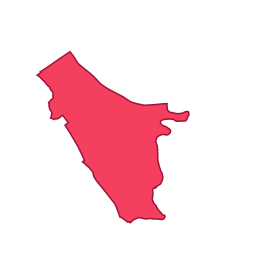 Semlac, Arad, Romania (orthographic projection), rotated 327°
{"feature_id": "2599482B97357966880497", "entity_name": "Semlac", "entity_type": "district", "adm_level": 2, "iso_a3": "ROU", "parent_name": "Romania", "parent_adm1": "Arad", "projection": "orthographic", "projection_center": [20.923, 46.147], "detail": "fine", "context": "isolated", "style": "filled", "palette": "rose", "viewbox_px": 256, "rotation_deg": 327, "n_neighbors": 0, "source": "geoboundaries", "source_scale": "gbopen_adm2", "svg_char_len": 5092}
<svg xmlns="http://www.w3.org/2000/svg" viewBox="0 0 256 256"><g transform="rotate(327 128 128)"><path d="M111.4,221.0L109.8,220.0L109.7,219.4L109.7,218.8L109.5,217.1L109.5,216.1L109.2,215.6L109.0,214.9L109.0,214.1L108.9,212.4L108.9,211.6L108.9,210.6L109.0,210.0L109.1,209.1L109.3,208.9L109.3,208.6L109.1,208.3L109.0,207.7L108.9,206.7L108.7,206.0L108.7,205.3L108.7,204.6L109.0,203.9L109.1,203.3L109.1,202.5L109.3,201.7L109.4,201.4L109.8,200.5L110.5,199.7L110.9,199.4L111.3,199.2L111.9,198.3L112.4,197.5L113.2,196.7L113.5,196.0L113.9,195.3L114.5,193.9L114.7,193.5L115.0,193.1L115.7,192.8L116.4,192.7L117.2,192.7L118.2,192.4L118.5,192.4L118.3,192.7L118.2,193.0L118.4,193.4L119.0,193.0L120.0,192.8L121.0,192.6L122.4,192.7L124.1,192.7L124.8,192.6L125.8,192.1L126.6,191.7L127.4,191.1L128.7,190.1L129.4,189.5L130.4,188.2L130.9,187.2L131.3,185.9L131.7,184.9L132.0,184.0L132.0,183.1L132.1,182.1L132.3,181.3L132.5,180.1L132.8,179.5L132.9,178.7L133.2,177.7L133.8,176.0L133.8,175.8L133.9,175.6L134.0,175.2L134.1,174.9L134.4,174.3L135.0,172.3L135.4,171.2L135.7,170.7L136.1,170.3L136.5,169.5L137.0,168.9L137.4,168.2L137.8,167.5L138.4,166.5L138.6,166.3L138.9,165.8L139.4,165.1L139.4,164.7L139.8,164.0L140.2,163.6L140.9,162.6L141.3,161.8L141.4,161.4L141.6,161.0L141.9,160.4L142.4,159.7L142.7,159.2L142.9,158.7L142.9,158.0L143.3,157.0L143.8,155.2L144.2,154.1L144.7,153.5L146.0,152.4L146.3,152.2L147.0,151.8L147.5,151.6L148.3,151.5L149.9,151.4L151.0,151.6L152.4,151.9L153.2,152.2L153.9,152.4L154.9,153.2L155.5,154.0L156.1,154.5L156.7,154.9L157.2,155.2L157.8,155.4L158.9,155.4L159.6,155.3L160.2,155.1L160.7,155.0L161.2,154.7L161.9,154.0L162.3,153.2L162.4,152.8L162.3,152.2L162.1,151.2L161.7,150.4L161.4,149.6L161.0,148.5L160.6,147.7L160.1,146.9L159.7,146.3L159.0,145.6L158.8,145.5L158.6,145.3L158.4,144.7L158.1,143.9L158.0,143.2L157.9,142.3L157.9,141.8L157.9,141.4L158.1,141.0L158.6,140.6L159.7,140.0L160.4,139.9L161.3,140.0L163.0,140.6L165.1,141.5L166.1,142.2L167.7,143.0L168.6,143.6L169.7,144.7L170.8,145.5L171.1,146.4L171.7,147.8L172.2,148.5L173.2,149.2L174.1,149.9L175.8,150.8L176.5,151.1L177.2,151.7L177.9,152.1L178.7,152.6L179.5,153.1L180.1,153.3L181.0,153.2L181.5,153.0L182.1,152.7L182.4,152.4L183.1,152.1L183.6,151.8L183.9,151.4L184.8,150.9L185.8,150.6L186.5,149.7L186.7,149.2L187.1,148.5L187.1,147.8L187.4,147.7L187.5,147.2L186.9,146.9L186.5,146.4L185.8,145.9L185.0,145.6L183.2,145.4L181.3,145.0L180.0,144.4L178.0,143.3L176.3,142.2L174.9,140.8L173.7,139.4L172.8,138.6L171.5,137.4L171.2,136.0L171.0,134.3L171.5,133.0L172.4,131.6L172.5,131.1L172.7,130.5L173.4,129.4L174.1,129.2L174.7,129.0L174.0,129.0L173.6,128.5L169.1,126.0L165.5,124.2L160.2,121.3L155.2,118.5L153.4,117.2L147.7,111.4L144.5,107.5L143.1,104.3L142.5,103.0L141.2,99.9L140.4,98.2L138.5,95.0L136.6,91.6L134.4,87.6L133.6,86.3L133.3,85.7L132.5,84.0L131.8,82.7L129.7,77.7L129.2,76.5L128.5,73.0L127.7,68.6L126.8,64.5L125.9,61.2L125.2,59.1L123.9,55.4L123.1,52.7L122.1,49.6L121.7,48.1L121.3,46.4L121.3,45.7L121.3,43.5L121.3,42.7L121.3,42.2L121.4,41.0L121.4,38.2L121.4,37.9L121.3,37.5L121.2,35.6L121.0,34.0L121.0,33.7L120.9,33.3L120.8,32.4L112.2,32.6L105.5,32.7L98.5,32.9L94.3,33.1L92.7,33.1L86.6,33.1L86.1,33.1L85.0,33.1L85.1,33.5L85.2,34.0L80.5,34.3L81.7,36.3L82.4,40.3L83.3,44.1L83.7,48.5L84.2,50.1L84.3,51.1L84.4,51.7L84.0,53.2L84.1,53.5L84.2,55.9L84.4,57.5L83.6,58.8L82.7,59.9L82.4,60.2L82.3,60.7L82.1,61.1L82.0,61.5L81.7,62.0L81.4,62.2L81.0,62.3L78.1,62.5L77.8,62.7L77.7,62.9L77.4,63.0L76.9,63.1L75.3,63.3L75.2,63.6L75.2,64.0L75.0,64.4L74.8,64.9L74.7,65.2L74.4,65.6L74.0,66.2L73.7,66.6L73.6,66.8L73.0,68.6L72.6,69.7L72.6,70.7L72.5,72.9L72.4,73.7L72.4,74.0L72.2,74.2L71.9,74.3L71.6,74.6L71.3,74.9L70.9,75.3L70.5,76.1L70.1,76.3L69.5,76.8L68.9,77.2L68.5,77.4L70.9,80.8L71.2,80.8L72.2,80.7L73.9,82.0L77.6,81.9L79.2,81.7L80.1,81.6L80.8,91.0L76.7,91.3L76.7,99.6L76.3,109.1L75.9,116.4L75.5,119.7L75.1,123.0L73.9,131.6L71.8,131.4L71.4,131.7L72.3,134.4L73.2,138.1L73.8,139.6L74.2,143.3L74.5,145.9L72.9,150.0L72.8,152.2L72.8,154.3L72.9,155.7L73.2,158.5L73.7,163.1L74.1,166.9L74.3,169.1L74.6,172.1L74.9,175.6L75.2,178.9L75.3,180.5L75.5,182.0L75.5,182.3L75.6,183.5L75.6,184.4L75.5,185.7L75.3,186.9L74.9,189.2L74.5,191.1L74.2,192.1L73.8,194.1L73.4,195.7L73.1,196.8L72.9,197.5L72.8,198.1L72.8,198.3L72.8,198.5L73.1,198.7L73.4,199.0L73.6,199.2L73.9,199.6L74.0,200.0L74.3,201.0L74.7,201.9L75.0,202.6L75.4,203.6L75.5,203.8L75.7,204.8L75.9,205.6L76.3,206.5L76.8,206.9L77.1,207.1L77.7,207.2L78.3,208.7L79.8,208.4L82.0,208.2L82.6,208.0L84.3,208.2L85.6,208.5L87.6,208.8L88.8,209.5L89.5,210.2L89.8,210.5L90.2,210.8L90.5,211.0L90.9,211.4L91.3,211.9L91.4,212.2L91.9,212.7L92.2,213.0L92.8,213.5L93.3,213.9L93.6,214.1L93.9,214.3L94.5,214.5L95.3,214.9L95.7,215.1L96.3,215.4L96.9,215.7L97.3,216.0L98.1,216.6L98.5,217.0L99.2,217.7L99.6,217.9L100.3,218.5L101.2,219.1L102.3,219.7L102.6,219.9L104.2,221.3L105.3,222.2L106.0,222.8L106.6,223.2L107.1,223.4L107.5,223.6L107.8,223.6L108.4,223.6L108.8,223.6L109.3,223.4L110.1,223.1L110.5,222.8L110.7,222.6L110.8,222.4L111.0,222.1L111.0,221.8L111.0,220.9L111.4,221.0Z" fill="#f43f5e" stroke="#9f1239" stroke-width="1.5"/></g></svg>